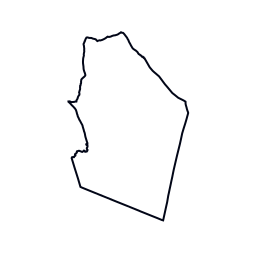 outline of Lushoto, Tanga, United Republic of Tanzania, rotated 163°
{"feature_id": "72390352B30242417713864", "entity_name": "Lushoto", "entity_type": "district", "adm_level": 2, "iso_a3": "TZA", "parent_name": "United Republic of Tanzania", "parent_adm1": "Tanga", "projection": "natural_earth1", "projection_center": [38.469, -4.546], "detail": "fine", "context": "isolated", "style": "outline", "palette": "ink", "viewbox_px": 256, "rotation_deg": 163, "n_neighbors": 0, "source": "geoboundaries", "source_scale": "gbopen_adm2", "svg_char_len": 5270}
<svg xmlns="http://www.w3.org/2000/svg" viewBox="0 0 256 256"><g transform="rotate(163 128 128)"><path d="M65.3,136.4L66.6,137.9L67.4,138.7L71.1,142.2L73.6,145.9L75.4,148.5L78.2,155.2L79.2,157.5L79.8,158.8L81.1,162.4L81.2,162.7L81.5,163.6L83.2,168.3L84.4,170.2L85.4,171.8L86.5,173.5L87.7,175.5L89.5,179.7L91.6,188.9L91.7,189.0L91.7,189.3L91.7,189.6L91.8,189.8L92.1,190.0L92.3,190.1L92.4,190.3L92.3,190.7L92.3,190.9L92.5,191.0L92.8,191.1L92.9,191.3L92.9,191.5L92.9,191.8L93.0,191.9L93.2,192.0L93.4,191.9L93.6,191.9L93.7,192.1L93.8,192.2L93.9,192.6L94.1,192.9L94.2,193.1L94.3,193.4L94.5,193.6L94.6,193.8L94.9,193.9L95.0,194.1L95.0,194.3L95.1,194.5L95.3,194.7L95.5,194.9L95.7,195.2L95.9,195.3L96.1,195.5L96.2,195.8L96.4,196.3L96.6,197.3L96.8,198.0L97.2,198.6L97.9,199.8L98.8,200.8L99.5,201.7L100.1,202.6L100.5,203.7L100.6,204.3L100.9,205.5L101.1,206.4L101.3,207.7L101.6,209.0L101.9,210.4L101.9,211.7L102.3,213.1L102.5,214.5L103.0,215.9L103.5,217.2L104.0,218.6L104.5,219.7L104.9,220.4L106.2,221.0L106.6,221.4L106.6,221.5L106.8,221.6L107.2,221.4L107.3,221.3L107.8,221.2L108.3,221.1L108.7,221.0L109.1,220.9L109.6,220.7L110.3,220.5L110.9,220.4L111.3,220.4L111.8,220.4L112.3,220.4L113.1,220.4L113.7,220.5L114.7,220.7L116.3,220.7L117.4,220.5L118.1,220.5L118.4,220.5L118.5,220.5L119.0,220.5L119.6,220.8L119.8,220.8L120.0,220.8L120.5,221.0L120.8,221.3L121.2,221.2L121.4,221.1L121.8,221.0L122.3,220.8L122.7,220.6L123.2,220.5L123.8,220.3L124.3,220.2L124.8,220.1L125.2,220.0L125.7,220.0L126.0,219.9L126.6,219.8L127.1,219.8L127.5,219.8L128.1,219.8L128.5,219.8L128.8,219.8L129.2,220.0L129.6,220.2L130.1,220.2L130.7,220.2L131.3,220.2L131.9,220.1L132.4,221.0L133.0,222.3L133.5,222.6L134.3,223.1L135.4,223.7L135.5,223.8L136.0,224.2L136.5,224.7L137.2,225.0L138.0,225.2L138.7,225.5L139.3,225.8L139.6,226.0L139.9,226.3L140.1,226.4L140.4,226.5L140.8,226.6L141.0,226.6L141.3,226.6L142.3,225.7L142.5,225.5L143.1,224.8L143.5,224.1L143.7,223.8L144.2,223.6L144.4,223.1L145.4,221.9L145.9,221.4L146.1,220.6L146.1,219.5L146.4,218.1L146.6,216.8L147.1,215.4L147.5,213.8L148.3,212.4L148.8,211.3L149.0,210.2L149.5,209.4L150.4,207.9L151.0,206.4L151.7,204.5L152.1,203.0L152.6,199.9L153.0,198.3L153.2,197.4L153.3,196.3L153.3,196.0L153.3,195.2L153.3,194.4L153.2,193.6L153.2,192.8L153.2,192.0L153.3,191.2L153.5,190.7L153.9,190.4L154.2,190.2L154.7,189.9L155.3,189.6L155.9,189.4L156.5,189.1L157.1,188.8L157.5,188.6L157.9,188.4L158.1,188.2L158.5,187.9L158.7,187.5L158.9,187.0L159.2,186.4L159.4,185.9L159.4,185.7L159.6,185.1L159.8,184.6L160.0,184.3L160.4,184.0L160.5,183.6L160.7,183.0L161.0,182.7L161.3,182.5L161.5,182.3L161.5,182.0L161.6,181.6L161.9,181.2L162.0,180.8L162.1,180.2L162.3,179.6L162.5,179.1L162.7,178.7L163.0,178.4L163.3,177.9L163.6,177.5L163.8,177.1L164.2,176.6L164.4,176.2L164.3,175.7L164.4,175.1L164.5,174.8L164.7,174.3L164.7,174.2L164.9,174.0L164.9,173.9L165.3,173.6L165.7,173.3L166.1,173.0L166.4,172.7L166.8,172.2L167.2,171.7L167.4,171.2L167.6,171.0L168.2,170.3L168.8,169.9L169.1,169.5L169.4,168.9L169.6,168.4L169.9,168.4L170.3,168.7L170.6,168.7L171.0,168.7L171.3,168.7L171.9,168.7L172.5,168.9L172.9,168.9L173.2,169.0L173.6,169.1L174.1,169.2L174.8,169.4L175.0,169.7L175.3,170.0L175.8,170.4L176.5,170.7L176.9,170.7L177.2,170.8L177.3,170.5L176.8,169.7L176.5,169.2L176.0,168.3L175.3,166.7L175.0,166.1L174.5,165.2L173.9,164.1L173.5,163.1L173.0,162.2L172.7,161.0L172.5,160.3L172.5,159.9L172.5,159.4L172.5,158.7L172.5,157.7L172.6,157.0L172.6,156.1L172.5,155.2L172.6,154.4L172.6,153.7L172.5,153.0L172.3,152.2L172.3,151.5L172.2,150.8L172.0,149.9L172.0,149.5L171.9,149.4L171.8,149.0L171.6,148.0L171.4,146.9L171.2,145.8L170.9,144.7L170.8,143.5L170.9,142.4L170.9,141.4L170.9,140.5L170.9,139.1L171.0,137.8L170.9,136.7L170.9,135.8L171.0,134.6L171.2,133.0L171.3,131.8L171.3,130.5L171.3,128.8L171.3,126.4L171.2,125.7L171.5,124.5L171.8,124.4L172.2,124.6L172.4,124.8L172.7,124.7L172.7,124.3L172.6,123.8L172.1,123.4L171.9,123.0L172.0,122.4L172.3,121.9L172.6,121.4L173.1,121.1L173.3,120.6L173.5,120.2L173.5,119.9L173.3,119.5L173.1,118.8L173.4,118.5L173.6,118.1L173.9,117.9L174.2,117.6L174.7,117.6L175.0,118.0L175.4,118.1L175.7,117.9L175.9,117.8L176.1,118.0L176.3,118.2L176.4,118.5L176.5,119.1L176.7,119.3L176.9,119.3L177.2,119.0L177.7,118.8L178.3,118.6L178.8,118.5L179.2,118.8L179.5,119.0L179.9,119.4L180.2,119.6L180.6,119.9L180.9,120.2L181.6,120.6L182.2,120.6L182.5,120.6L183.0,120.6L183.4,120.7L183.6,120.6L183.6,120.2L183.9,119.8L184.3,119.7L184.6,119.1L185.0,118.9L185.2,118.7L185.5,118.7L185.9,118.7L186.3,118.4L186.5,118.0L186.5,117.5L186.4,117.0L186.6,116.9L187.4,116.6L187.8,116.3L188.1,116.0L188.4,116.2L188.7,116.3L188.9,116.1L189.4,116.3L189.8,116.3L190.0,116.4L190.3,116.1L190.7,115.7L190.7,105.1L190.6,94.1L190.7,85.6L189.8,84.8L189.5,84.5L160.1,60.6L151.9,54.0L141.2,45.3L140.3,44.5L138.4,43.0L131.1,37.1L126.1,33.1L122.5,30.1L121.4,29.4L114.6,41.5L113.0,44.3L112.7,44.8L112.2,45.7L109.4,51.3L109.3,51.5L108.1,53.6L107.5,54.7L106.4,56.7L103.9,61.2L102.2,64.3L100.0,68.2L98.5,71.0L96.2,75.2L89.3,87.1L83.0,97.6L80.3,102.4L77.7,107.1L74.9,111.3L72.0,115.5L69.3,119.6L67.6,122.3L66.2,124.5L66.0,125.1L66.0,126.0L66.1,127.0L66.1,129.5L66.0,130.5L66.0,131.8L66.0,132.8L65.9,134.0L65.8,134.5L65.7,135.0L65.5,135.6L65.3,136.2L65.3,136.3L65.3,136.4Z" fill="none" stroke="#020617" stroke-width="2"/></g></svg>